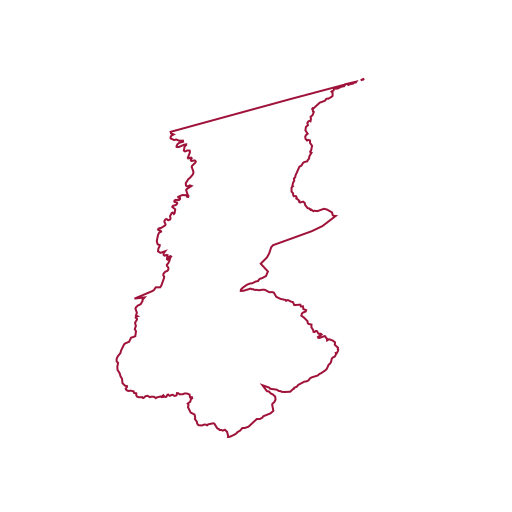 Coxim, Mato Grosso do Sul, Brazil, rotated 63°
{"feature_id": "56859067B2559319027798", "entity_name": "Coxim", "entity_type": "district", "adm_level": 2, "iso_a3": "BRA", "parent_name": "Brazil", "parent_adm1": "Mato Grosso do Sul", "projection": "equal_earth", "projection_center": [-54.652, -18.188], "detail": "fine", "context": "isolated", "style": "outline", "palette": "rose", "viewbox_px": 512, "rotation_deg": 63, "n_neighbors": 0, "source": "geoboundaries", "source_scale": "gbopen_adm2", "svg_char_len": 6154}
<svg xmlns="http://www.w3.org/2000/svg" viewBox="0 0 512 512"><g transform="rotate(63 256 256)"><path d="M375.0,224.6L370.8,226.1L368.9,224.8L368.2,225.0L366.2,226.0L363.3,228.7L363.5,231.0L361.7,230.3L360.2,230.9L359.1,230.7L358.5,231.2L357.8,236.7L357.3,237.6L356.3,237.6L355.7,233.2L354.7,233.5L353.6,235.6L350.6,235.8L350.0,236.6L350.3,238.3L349.8,239.2L348.0,238.7L344.6,239.0L342.3,237.7L340.4,240.0L339.5,240.4L337.4,239.7L332.4,241.3L329.8,242.7L328.3,241.4L327.7,240.1L328.0,236.9L327.0,235.9L324.8,237.9L322.2,237.0L321.4,238.9L319.5,238.6L317.1,244.2L313.9,244.0L312.5,245.6L310.3,247.1L309.6,248.0L309.6,249.5L308.7,249.5L305.4,253.6L301.5,256.5L296.7,256.7L295.5,258.0L294.3,260.6L290.2,263.4L289.1,265.2L287.9,268.9L286.6,270.5L285.5,272.7L284.2,273.7L283.8,274.8L282.6,275.6L281.3,283.0L280.2,285.4L279.1,284.7L278.2,282.0L277.5,277.2L277.8,273.7L278.6,271.8L278.6,267.8L279.3,265.5L278.3,264.0L278.1,262.4L278.5,261.1L278.4,256.2L275.2,252.4L265.0,255.3L262.3,247.0L259.7,243.1L255.1,238.5L254.1,235.9L259.2,195.1L259.5,183.2L256.5,166.9L255.4,168.6L254.3,169.1L251.7,168.5L246.9,171.6L244.8,174.0L243.9,180.9L242.1,183.6L242.1,184.6L240.5,185.3L240.0,186.2L239.3,186.0L238.8,186.8L237.9,186.9L236.8,188.3L232.6,189.1L231.0,188.5L230.1,188.8L229.0,189.3L228.3,192.5L227.3,193.0L226.6,192.4L225.1,192.8L223.1,194.0L222.5,193.2L220.7,193.3L219.9,195.2L218.5,195.2L217.0,194.5L214.8,195.1L211.8,193.6L211.1,193.1L210.6,191.4L209.9,191.7L207.3,189.5L206.4,187.8L204.2,187.1L203.7,185.4L202.3,184.4L196.1,176.7L196.1,174.4L194.5,172.0L194.2,170.6L194.9,167.3L194.1,166.5L193.4,164.7L191.3,163.1L189.2,159.7L188.4,160.5L187.4,160.2L187.0,159.0L183.3,156.0L179.7,156.5L177.6,155.4L176.1,157.0L176.3,158.1L174.1,158.7L171.9,157.9L171.0,156.6L170.5,154.5L166.4,154.9L163.7,152.9L163.0,150.3L160.8,149.9L159.8,148.1L160.0,146.9L160.7,146.3L158.8,144.8L156.8,144.2L156.2,141.7L153.9,139.1L152.9,139.6L151.2,138.9L150.5,139.2L150.0,138.3L150.6,137.8L148.3,129.6L148.9,124.9L148.8,123.5L148.0,122.4L148.0,121.2L148.7,120.1L148.4,115.8L148.0,115.0L145.4,113.7L143.9,114.2L143.6,112.9L143.8,112.0L143.0,111.0L142.6,109.7L143.8,107.5L143.9,103.2L144.7,100.4L143.7,98.6L131.8,154.1L106.6,275.7L108.2,276.1L110.3,274.2L110.4,276.8L111.1,278.0L112.5,278.7L115.6,276.2L115.9,274.3L118.3,272.2L120.1,268.7L121.1,269.1L120.3,273.2L120.8,275.3L122.1,277.0L122.8,277.2L123.9,275.2L124.2,269.3L124.8,267.5L125.5,267.9L126.0,269.9L129.3,272.4L130.4,272.0L130.8,270.9L130.7,269.4L132.0,267.2L133.6,267.8L137.6,272.2L138.3,272.1L138.8,269.2L139.7,268.9L140.7,270.5L141.4,270.7L142.2,270.1L142.8,267.6L143.5,266.9L144.6,266.8L145.3,267.8L146.6,272.0L147.3,272.8L152.9,273.6L154.6,275.1L156.5,279.6L156.6,281.0L159.2,285.5L161.4,286.4L162.3,286.0L163.1,285.1L163.0,282.9L164.3,281.7L164.9,287.4L165.5,288.3L170.3,289.1L171.9,288.9L172.6,289.6L171.8,290.6L170.0,290.5L169.2,292.5L168.5,293.3L168.1,295.2L168.0,298.5L168.7,298.7L169.9,297.4L170.8,297.8L171.2,299.3L169.5,302.1L169.5,303.2L170.1,304.0L170.8,304.0L172.4,302.2L173.3,302.3L173.9,303.2L174.2,304.2L173.6,307.1L174.2,308.3L177.8,306.8L180.9,309.1L181.3,310.1L179.5,310.5L179.4,311.6L181.5,314.5L183.8,315.1L184.5,316.1L184.3,318.0L182.7,318.7L182.3,319.4L182.4,320.4L183.2,321.7L183.8,322.1L186.7,322.2L187.5,323.0L187.9,327.8L187.3,329.8L187.7,331.1L188.5,331.2L190.1,329.5L191.2,329.5L191.2,331.6L192.7,333.7L197.6,337.6L200.5,338.3L201.4,338.0L202.5,336.8L203.6,337.5L204.9,339.5L207.4,341.2L209.8,339.7L210.5,334.8L211.6,337.1L213.2,337.8L214.3,337.2L214.3,335.5L215.0,334.5L218.4,336.8L219.2,336.4L218.9,335.4L217.2,333.6L217.3,332.2L218.0,331.9L218.6,333.3L220.6,334.9L222.6,337.4L223.3,339.4L224.3,339.9L226.1,339.4L227.3,339.6L228.5,340.6L229.0,341.7L228.8,344.0L229.8,346.5L231.1,347.4L232.7,347.2L233.8,347.9L239.4,353.8L240.4,355.7L238.4,359.5L240.0,362.4L240.2,364.1L238.8,383.6L242.3,374.1L243.4,377.0L244.5,377.4L246.6,380.6L246.5,383.7L247.3,386.4L248.1,387.3L252.5,387.9L254.4,389.9L255.9,388.9L255.6,390.5L256.2,391.2L257.9,390.6L258.6,390.9L260.6,394.1L263.8,394.8L266.1,397.2L268.6,397.1L272.7,400.0L272.1,404.5L274.8,408.0L274.5,412.5L274.9,413.7L278.8,418.9L281.0,421.0L282.8,425.0L284.8,427.2L286.7,428.0L288.6,427.4L291.8,429.9L294.7,431.1L298.5,430.7L301.5,431.3L304.6,431.1L308.6,432.7L311.9,431.7L313.4,430.0L314.2,430.5L315.0,432.3L315.8,432.5L317.5,431.8L318.5,430.7L318.9,429.1L321.0,426.5L322.7,426.8L324.0,425.0L325.6,425.9L327.1,425.9L328.5,424.7L330.2,421.4L331.0,421.4L331.4,420.6L330.8,418.3L331.3,416.1L333.6,414.7L333.7,413.4L335.2,410.7L337.2,409.8L337.0,408.4L337.9,404.6L338.8,404.3L339.3,403.1L338.3,402.8L338.0,401.8L339.9,401.3L340.7,400.5L340.6,399.5L339.6,398.3L339.5,397.2L341.3,396.5L341.6,395.5L341.4,394.4L341.8,393.3L343.6,392.2L344.1,390.8L343.7,389.6L342.3,388.6L342.8,387.7L344.6,386.8L346.0,383.8L346.0,382.1L347.3,379.8L349.3,378.1L351.9,378.9L352.7,377.2L353.8,377.4L354.0,379.0L356.0,380.7L356.5,383.9L358.1,383.7L359.7,385.2L365.8,385.3L369.4,382.7L372.5,383.6L373.5,384.5L376.8,383.9L378.6,384.5L380.6,384.1L382.4,381.3L382.7,378.7L383.2,377.6L384.7,376.4L384.3,375.3L384.5,374.2L385.7,369.9L386.6,369.2L391.9,368.8L393.5,367.6L394.5,367.5L395.4,365.7L396.5,364.9L396.7,362.6L399.4,361.6L403.7,362.5L404.5,363.1L405.2,361.4L405.4,356.6L405.1,353.8L404.5,352.6L404.4,349.6L403.1,346.2L404.1,344.2L404.7,340.2L401.6,329.3L402.9,326.9L403.0,325.4L402.9,323.8L402.1,322.2L402.8,314.5L401.8,310.8L395.8,309.1L395.1,308.4L394.6,306.4L393.6,304.7L392.8,303.8L389.9,302.7L386.9,303.9L385.3,305.2L382.4,306.1L381.5,307.6L374.1,308.9L379.5,303.8L380.7,303.7L384.5,298.2L386.7,296.9L387.6,295.4L388.6,294.9L390.2,292.2L392.5,287.0L391.4,283.7L391.5,282.5L390.7,281.8L391.0,279.3L390.0,276.6L389.9,270.1L390.8,267.1L390.5,265.2L389.6,263.7L389.4,261.8L390.5,255.3L389.9,253.0L390.0,251.3L389.3,245.8L388.6,244.0L385.9,240.7L385.5,238.9L384.7,237.5L381.9,235.1L381.4,234.1L381.3,231.2L379.6,229.1L378.7,228.9L379.2,228.1L377.6,225.8L376.8,225.3L376.0,225.4L375.0,224.6ZM143.8,97.1L145.5,96.1L145.7,93.7L146.5,91.2L146.0,90.2L146.7,88.3L146.2,87.4L143.8,97.1ZM146.9,82.9L147.5,80.3L147.0,79.3L146.9,82.9Z" fill="none" stroke="#9f1239" stroke-width="2"/></g></svg>